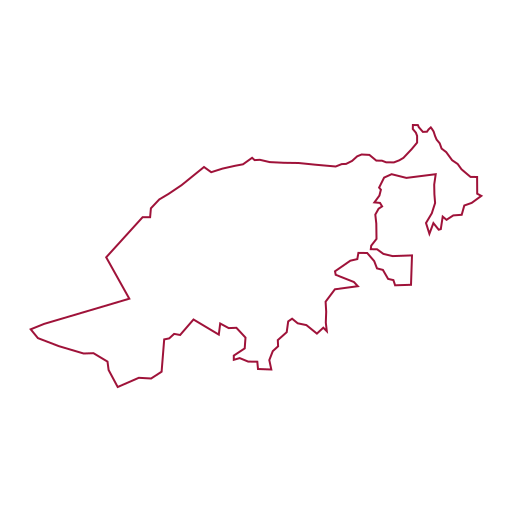 Mubarek, Kashkadarya, Uzbekistan
{"feature_id": "79887680B29394566639719", "entity_name": "Mubarek", "entity_type": "district", "adm_level": 2, "iso_a3": "UZB", "parent_name": "Uzbekistan", "parent_adm1": "Kashkadarya", "projection": "natural_earth1", "projection_center": [65.477, 39.211], "detail": "fine", "context": "isolated", "style": "outline", "palette": "rose", "viewbox_px": 512, "rotation_deg": 0, "n_neighbors": 0, "source": "geoboundaries", "source_scale": "gbopen_adm2", "svg_char_len": 2016}
<svg xmlns="http://www.w3.org/2000/svg" viewBox="0 0 512 512"><path d="M30.7,329.3L37.9,338.1L58.7,346.1L83.6,353.5L93.5,353.2L107.5,361.6L108.6,370.0L117.7,387.0L138.8,377.8L151.1,378.5L161.6,371.7L164.2,339.4L169.2,338.4L174.1,333.9L180.1,335.0L193.5,319.5L218.8,334.6L220.2,323.5L228.7,328.1L236.4,327.8L245.5,337.6L244.7,348.4L233.8,355.6L233.8,359.8L239.7,358.1L248.2,361.6L257.3,361.7L258.0,369.0L271.3,369.5L269.3,360.1L272.8,351.1L278.1,346.3L277.8,340.1L286.7,332.2L288.2,321.4L292.1,318.7L297.7,323.3L306.4,325.1L316.9,333.6L323.3,327.7L326.8,331.2L325.8,322.6L326.2,311.8L325.6,301.7L334.9,289.3L357.8,286.2L353.9,282.0L335.7,274.8L335.0,271.3L350.3,260.7L357.3,259.1L358.4,252.9L367.2,253.0L374.2,261.1L377.0,268.4L382.9,269.9L388.1,278.9L393.4,280.1L395.1,285.3L411.0,284.8L412.0,255.4L392.6,256.1L383.4,253.9L377.1,249.3L370.8,249.2L371.2,245.7L376.5,238.9L376.3,223.6L375.3,214.6L378.6,208.7L382.1,206.4L380.0,202.9L374.4,202.4L379.4,195.6L380.9,189.7L379.1,187.6L384.1,177.6L391.6,174.2L406.4,177.9L435.7,174.2L434.2,184.6L434.4,194.3L435.1,203.0L431.8,213.3L426.0,223.0L429.4,233.8L433.4,223.1L438.7,229.7L440.8,229.1L442.7,216.6L446.5,219.8L453.3,215.4L461.7,214.8L464.3,205.5L471.7,202.9L481.3,195.9L477.2,193.7L477.1,177.0L470.5,176.9L467.4,174.3L461.5,169.3L457.7,164.0L452.1,160.2L446.2,152.1L441.6,148.6L439.7,143.3L436.6,139.6L435.1,136.1L433.6,131.5L432.0,129.0L430.8,127.4L428.5,129.5L427.0,131.7L422.9,131.9L418.8,127.2L417.9,125.1L412.9,125.0L412.8,129.0L415.9,132.7L417.1,135.9L417.1,142.6L411.7,149.1L403.4,157.9L399.3,160.3L393.9,162.4L386.1,162.3L382.0,160.7L376.3,160.6L369.4,154.9L361.6,154.5L357.2,156.3L352.1,160.9L346.1,163.9L341.7,164.1L335.7,166.5L327.8,165.8L315.3,164.7L298.6,163.0L284.1,162.8L269.7,162.1L259.9,159.8L254.6,160.1L252.1,157.8L243.0,164.3L235.0,165.8L222.5,168.6L211.2,172.2L204.0,167.0L181.5,185.2L168.4,194.0L159.3,199.4L150.9,208.3L150.1,217.2L142.6,217.2L106.2,257.3L129.3,298.7L44.1,323.9L30.7,329.3Z" fill="none" stroke="#9f1239" stroke-width="2"/></svg>